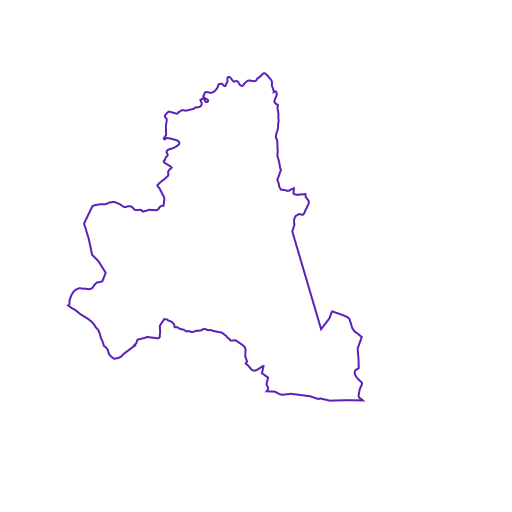 outline of Birim Central Municipal, Eastern, Ghana, rotated 121°
{"feature_id": "2480657B80684943588404", "entity_name": "Birim Central Municipal", "entity_type": "district", "adm_level": 2, "iso_a3": "GHA", "parent_name": "Ghana", "parent_adm1": "Eastern", "projection": "mercator", "projection_center": [-1.02, 5.977], "detail": "fine", "context": "isolated", "style": "outline", "palette": "violet", "viewbox_px": 512, "rotation_deg": 121, "n_neighbors": 0, "source": "geoboundaries", "source_scale": "gbopen_adm2", "svg_char_len": 6146}
<svg xmlns="http://www.w3.org/2000/svg" viewBox="0 0 512 512"><g transform="rotate(121 256 256)"><path d="M395.6,313.8L395.6,314.1L395.4,314.3L395.0,314.5L393.8,313.9L392.9,313.8L392.2,313.8L389.5,314.4L388.8,314.4L388.5,314.2L382.8,308.5L381.9,308.1L381.4,307.6L380.9,306.7L380.6,305.5L380.3,304.7L379.1,302.4L377.4,298.2L377.2,297.8L376.4,297.1L376.0,296.8L374.9,296.8L373.2,297.9L371.5,298.4L365.3,302.5L357.5,302.2L356.5,300.4L356.3,299.8L356.4,297.5L355.9,295.2L355.9,293.7L356.6,291.4L357.5,290.3L358.3,289.8L358.8,289.1L358.7,288.4L357.5,286.9L357.7,285.1L357.4,282.9L356.4,280.0L356.5,276.9L354.7,274.4L354.4,272.2L353.5,270.9L352.7,270.1L350.9,268.8L349.0,265.8L347.5,264.3L345.5,263.4L345.0,262.6L344.7,261.5L344.5,259.8L343.9,258.3L342.6,256.4L342.3,254.0L339.3,246.0L339.9,240.3L340.8,237.9L340.8,236.1L341.5,235.0L341.4,233.9L340.4,232.3L339.2,230.8L338.8,230.2L339.2,221.8L339.7,219.5L340.0,218.6L341.4,216.8L347.2,213.8L348.7,212.2L350.9,209.4L353.5,209.4L353.7,208.3L353.9,206.7L354.3,205.1L355.6,201.7L355.8,200.7L355.4,198.8L354.3,197.3L352.9,196.4L347.0,193.5L346.6,193.2L346.5,192.8L353.4,190.6L354.0,183.0L359.4,181.4L360.8,180.7L361.7,179.6L362.2,178.3L363.5,177.3L365.1,177.1L366.5,177.2L363.1,171.0L362.5,169.3L362.3,165.2L362.1,163.9L361.6,162.5L360.6,160.8L359.5,159.6L357.3,156.5L356.3,155.5L348.4,137.5L346.5,129.0L344.9,127.4L344.4,125.6L341.9,118.1L333.3,104.7L324.8,90.1L324.4,92.3L324.4,93.7L324.2,94.7L323.7,95.5L322.5,96.4L316.5,98.5L311.6,99.1L310.4,99.5L310.1,99.9L308.8,105.4L308.1,107.5L306.4,110.4L305.4,111.2L304.2,111.8L303.4,111.9L302.1,111.8L300.4,110.7L299.2,110.2L292.5,114.4L283.0,121.2L271.0,123.6L270.2,128.9L270.0,132.0L269.5,133.8L268.3,136.2L266.5,138.4L265.3,139.5L262.0,143.4L261.6,144.5L261.4,145.4L261.3,146.2L261.9,150.9L264.2,162.1L266.4,162.1L267.1,161.8L271.3,161.0L272.1,161.0L285.2,162.5L216.2,237.6L213.5,238.1L211.5,238.7L209.3,239.2L206.5,241.5L203.3,242.6L201.0,242.5L197.9,240.7L197.3,239.3L197.0,237.7L196.1,236.8L193.3,236.8L192.5,237.0L189.9,237.4L188.7,237.2L186.9,237.7L185.6,237.6L184.2,237.9L182.2,238.6L181.6,239.4L180.3,242.5L179.9,243.7L177.4,245.6L179.2,247.6L179.7,248.8L180.7,250.2L181.9,251.3L183.2,254.3L183.1,256.3L181.1,257.2L180.4,257.2L178.4,258.4L181.3,260.5L183.2,261.4L183.5,262.3L184.1,262.7L184.3,264.0L184.6,265.0L186.3,269.0L185.5,270.2L184.7,271.7L182.0,274.0L179.7,277.0L174.9,277.8L172.1,278.5L169.5,278.8L168.1,280.7L166.0,282.4L162.7,285.4L158.7,289.6L155.2,291.2L152.6,293.1L148.2,295.8L145.8,297.6L144.3,299.9L142.2,301.0L140.0,301.8L137.1,302.3L134.4,303.3L132.0,304.8L128.6,306.1L125.6,308.3L122.8,309.9L120.6,311.6L118.4,313.6L115.2,315.1L115.3,317.1L114.7,319.4L113.5,320.1L111.1,320.7L109.2,320.8L107.6,321.1L106.0,321.9L104.8,323.3L105.1,324.4L106.4,325.3L105.2,325.8L104.6,326.8L101.7,330.2L98.9,331.7L98.1,332.4L97.7,333.1L96.8,335.0L95.4,339.2L95.3,340.2L94.9,341.6L94.8,342.4L95.2,343.4L96.2,343.9L101.1,345.2L101.2,345.4L101.6,345.5L102.3,346.0L103.1,346.2L105.3,346.2L106.1,346.6L106.9,347.3L107.3,348.0L108.0,349.3L108.7,351.7L109.8,353.1L110.9,353.8L112.2,354.2L114.4,354.8L114.7,354.9L115.2,354.7L116.5,355.0L117.5,355.5L117.7,356.4L117.6,357.9L116.7,359.8L116.1,360.7L115.9,361.6L115.9,362.1L116.3,363.2L117.7,364.4L118.0,365.0L117.8,365.9L116.6,369.3L116.2,369.8L116.4,371.4L116.9,372.0L117.6,372.3L118.6,372.0L119.3,371.4L120.8,370.5L122.3,370.1L124.2,370.2L125.7,369.7L126.3,370.0L126.6,370.6L126.4,371.9L126.0,373.2L126.0,374.2L126.6,375.0L127.9,376.4L132.2,375.7L135.9,376.3L137.8,377.3L138.8,378.1L139.5,378.9L141.0,383.1L141.4,383.5L142.1,383.9L142.6,384.0L144.7,383.5L145.8,383.6L146.4,383.4L146.8,382.9L147.0,381.0L147.0,377.7L147.3,377.2L148.0,376.8L148.7,376.9L149.3,377.2L149.6,377.6L149.8,378.6L149.5,379.4L148.3,381.3L148.7,382.9L150.1,383.7L150.6,383.6L150.8,384.0L151.5,383.4L152.3,382.0L153.0,381.2L153.8,380.7L155.4,380.5L155.9,380.5L156.4,380.7L157.6,381.5L158.1,382.0L158.5,382.4L159.5,384.0L160.4,384.7L161.9,385.2L166.1,389.4L167.4,390.8L167.9,391.6L168.3,393.0L169.2,394.6L169.6,394.9L171.9,395.9L172.5,396.4L173.1,396.6L174.3,396.6L175.0,397.7L176.6,403.7L177.1,404.9L177.4,405.3L179.2,405.9L180.4,406.2L182.7,406.3L183.4,406.0L184.5,403.3L185.3,402.6L186.3,402.1L188.7,401.2L191.2,400.1L194.3,398.0L195.7,397.4L196.5,396.6L197.6,395.9L198.5,395.5L201.1,395.5L201.3,395.6L202.7,395.6L203.2,394.8L203.0,394.3L201.1,393.4L200.5,392.7L200.3,392.3L199.8,390.7L199.5,390.2L197.7,384.0L197.6,383.4L197.7,381.0L198.2,380.3L199.1,379.7L200.3,379.6L202.6,380.5L203.3,380.9L203.8,381.0L207.0,383.2L209.3,385.5L211.1,386.4L212.1,386.5L213.1,386.0L214.7,383.8L215.1,383.6L216.1,383.6L217.4,384.1L218.9,384.0L220.2,383.6L221.3,383.9L222.3,383.9L222.8,383.3L223.1,382.4L223.3,374.5L223.8,373.8L224.6,373.9L226.3,374.7L228.6,374.8L229.8,374.3L231.7,372.8L232.5,372.7L237.6,374.2L241.3,375.7L243.5,376.4L244.7,376.6L246.1,377.0L247.1,375.8L247.3,374.7L247.7,373.6L253.2,364.8L254.2,364.0L255.8,363.2L256.6,363.0L259.3,361.6L260.5,361.3L260.5,361.6L261.2,362.4L262.5,363.3L264.1,363.8L264.8,363.9L265.9,363.8L266.8,364.1L267.8,364.7L268.2,365.2L269.0,366.8L269.4,367.2L269.6,368.0L270.5,369.5L271.2,371.2L273.3,373.0L274.9,374.6L275.5,375.0L276.3,376.0L275.8,377.4L275.7,378.1L275.9,378.3L276.0,379.0L277.3,380.7L278.5,382.6L278.9,384.1L278.0,386.6L277.9,388.1L278.0,388.9L278.6,390.3L279.7,391.7L280.8,392.6L281.8,393.8L282.0,396.1L281.7,399.3L282.5,404.8L283.5,406.6L285.9,409.4L288.3,411.0L289.8,412.5L291.7,416.0L295.5,420.4L297.4,421.9L316.7,420.1L327.8,407.8L339.4,397.1L341.5,388.6L347.8,376.2L356.6,374.7L357.0,374.8L358.9,376.6L360.4,378.5L361.5,379.0L362.6,379.3L364.8,379.7L367.4,379.7L368.0,379.9L369.9,381.3L370.4,382.0L372.4,386.4L373.2,387.5L373.8,389.2L374.5,390.7L375.0,391.2L377.5,393.0L380.5,394.0L383.4,394.1L384.9,394.0L390.0,393.0L393.2,391.2L394.8,391.1L395.1,391.4L395.5,387.6L395.4,382.7L396.3,376.8L396.4,368.2L396.8,363.7L398.2,359.2L399.6,356.9L400.5,353.3L403.2,349.7L405.9,347.0L409.1,342.5L411.3,340.2L411.8,337.0L412.7,334.8L415.8,331.6L416.8,328.5L417.2,324.8L414.5,321.7L411.8,319.8L407.8,318.9L404.7,317.6L396.3,314.3L395.6,313.8Z" fill="none" stroke="#5b21b6" stroke-width="2"/></g></svg>